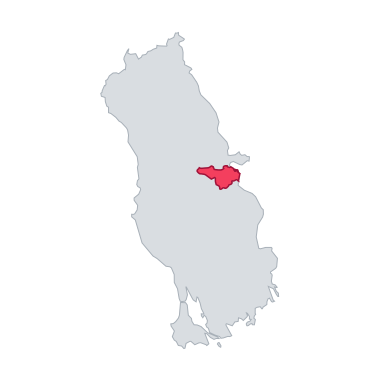 Adana on a map of Turkey (Mercator projection), rotated 251°
{"feature_id": "TUR-3018", "entity_name": "Adana", "entity_type": "Province", "adm_level": 1, "iso_a3": "TUR", "parent_name": "Turkey", "parent_adm1": "", "projection": "mercator", "projection_center": [35.602, 37.508], "detail": "fine", "context": "in_parent", "style": "filled", "palette": "rose", "viewbox_px": 384, "rotation_deg": 251, "n_neighbors": 0, "source": "natural_earth", "source_scale": "10m", "svg_char_len": 5502}
<svg xmlns="http://www.w3.org/2000/svg" viewBox="0 0 384 384"><g transform="rotate(251 192 192)"><path d="M294.2,138.9L299.3,140.7L300.9,139.4L305.6,139.5L309.7,140.6L312.0,137.5L315.0,137.9L315.5,139.4L316.9,140.0L321.2,143.9L320.7,144.4L321.8,145.8L325.5,146.7L325.9,148.7L328.7,151.6L330.2,156.1L329.3,159.3L327.7,161.2L330.0,168.0L329.3,168.8L333.8,171.0L339.5,170.7L341.3,171.6L346.7,176.9L348.1,179.0L344.3,176.5L342.2,178.6L341.1,183.8L335.1,184.7L336.0,188.1L337.6,189.6L337.1,192.8L337.5,194.0L339.2,196.1L338.9,198.9L339.6,201.9L339.6,205.5L342.1,206.6L341.0,208.2L338.2,215.4L338.4,216.0L340.2,216.1L344.4,219.5L343.6,220.5L344.1,225.1L347.7,228.1L347.1,229.6L347.2,231.1L344.6,230.4L339.3,234.5L338.8,234.4L338.0,233.0L337.9,228.9L336.6,227.9L335.0,227.6L332.1,229.5L329.5,229.4L326.9,229.0L320.0,226.5L317.4,227.4L314.8,226.4L309.6,231.4L308.0,231.8L307.2,229.3L305.5,228.0L303.1,229.8L294.2,232.2L290.2,232.6L285.2,231.8L281.0,232.0L269.8,237.6L259.1,240.5L249.4,240.3L244.2,236.9L240.1,236.0L227.8,241.3L221.7,241.1L219.7,239.0L215.1,238.1L214.1,240.1L213.1,245.1L214.7,249.6L212.1,249.9L210.5,250.9L210.0,254.2L207.6,255.6L206.8,257.7L206.4,257.7L202.6,256.0L203.6,254.4L201.3,248.1L202.4,246.1L207.4,241.0L207.3,238.0L205.1,235.9L198.8,239.7L198.2,241.1L196.8,242.2L194.4,242.7L183.2,237.8L176.6,242.1L171.0,248.4L166.8,250.6L154.3,252.4L152.1,253.6L147.8,252.3L145.3,250.6L139.5,243.5L128.6,238.1L117.0,236.8L116.0,238.2L115.6,243.7L113.8,248.9L112.8,249.4L110.3,248.1L101.5,251.2L93.9,247.8L92.6,246.3L90.9,240.3L89.7,239.8L88.5,240.7L87.2,240.7L81.8,238.0L78.9,237.9L77.1,240.4L74.2,241.5L74.2,240.8L75.3,239.1L70.7,239.4L68.3,240.7L65.0,239.9L65.2,239.2L67.9,238.4L74.0,237.5L77.9,233.4L63.3,233.6L61.9,234.5L61.7,232.4L62.5,231.5L66.4,230.7L66.1,228.9L63.8,227.1L61.2,226.1L60.0,221.7L58.7,220.6L58.9,219.9L61.3,219.2L61.8,215.9L61.4,213.9L56.7,212.2L55.7,212.4L54.5,210.6L52.5,209.4L50.8,210.4L46.1,207.7L46.9,205.8L48.1,205.9L48.3,204.4L47.4,201.8L47.5,200.5L48.5,200.2L49.7,200.4L50.9,201.9L51.0,204.8L52.3,206.5L53.2,204.8L55.4,205.8L59.2,204.9L60.0,204.1L57.1,204.2L56.1,203.5L53.8,198.7L56.1,197.4L57.9,195.0L54.6,193.5L55.2,190.2L52.4,186.5L56.2,181.8L56.0,181.1L54.8,180.8L43.2,182.8L43.0,180.7L43.8,178.8L43.8,174.2L44.3,171.7L46.4,171.0L49.1,167.3L53.4,163.0L57.8,163.1L59.6,161.9L62.3,161.8L63.1,163.5L65.4,164.7L69.5,164.5L71.5,163.4L69.6,161.3L71.9,160.6L73.8,161.1L72.8,163.4L73.3,163.6L78.6,162.9L84.2,163.5L90.3,163.2L91.1,162.5L86.8,160.1L89.5,158.1L91.1,157.7L104.0,155.7L104.1,155.3L96.2,154.2L92.1,151.4L91.0,149.9L91.8,146.3L92.6,145.3L95.5,145.2L105.2,146.8L112.2,145.8L119.7,148.3L127.0,147.8L128.5,146.7L130.3,143.2L140.5,137.3L144.1,134.3L160.1,128.2L184.0,129.3L188.1,126.9L190.6,127.7L189.9,129.3L190.0,130.7L192.9,134.3L197.1,136.3L203.0,134.6L205.2,135.3L207.3,140.9L210.9,144.2L212.6,144.4L214.9,142.5L217.0,142.2L220.5,144.1L221.7,146.1L233.1,148.4L235.5,150.1L243.2,151.7L260.2,147.8L266.4,150.5L271.6,151.3L273.9,150.9L280.8,147.8L282.9,146.0L287.2,144.4L292.6,140.9L294.2,138.9ZM74.2,129.0L73.7,131.5L74.7,134.3L77.2,138.1L79.6,140.0L91.2,145.1L89.5,149.9L86.7,150.7L76.7,148.4L72.7,150.3L69.8,149.8L65.8,150.7L64.6,153.6L61.8,156.8L53.9,160.9L46.7,168.9L44.6,169.9L45.6,167.2L45.5,164.8L48.6,162.0L53.1,159.9L54.2,158.1L43.0,158.5L42.0,156.0L43.1,155.5L46.7,151.1L47.1,149.3L46.7,144.9L51.1,142.4L51.5,141.4L50.8,137.1L46.6,134.5L46.7,133.3L49.7,132.1L51.4,129.1L55.8,128.5L57.8,127.0L61.6,126.3L66.3,130.1L72.0,128.6L74.2,129.0ZM40.8,168.6L37.1,169.3L35.9,168.6L37.1,167.4L40.0,166.5L41.0,167.7L40.8,168.6Z" fill="#d9dde1" stroke="#a8b0b8" stroke-width="1"/><path d="M203.2,236.6L202.6,237.4L202.4,237.6L202.1,237.7L202.0,237.8L201.4,238.4L201.2,238.6L200.5,238.8L199.2,238.8L198.6,239.1L198.4,239.2L198.2,239.6L198.1,239.4L197.9,239.3L197.8,239.6L197.5,239.9L197.4,240.1L197.5,240.5L197.7,240.1L198.1,240.2L198.1,239.9L198.3,240.0L198.5,239.9L198.5,239.7L198.4,239.6L198.6,239.5L198.8,239.8L199.1,239.8L199.2,239.7L199.4,239.7L199.6,239.7L198.6,240.2L198.2,240.5L197.9,241.0L198.0,241.2L198.9,240.2L199.1,240.1L199.4,240.0L198.8,240.7L198.7,240.8L198.5,241.2L198.4,241.4L198.4,241.6L198.4,241.8L198.3,242.0L198.2,242.1L197.8,242.4L197.6,242.4L197.1,242.4L196.9,242.4L196.4,241.9L196.2,241.8L195.9,242.0L196.0,242.2L196.1,242.3L196.7,242.5L196.0,242.3L195.3,242.3L195.2,242.3L194.8,242.5L194.7,242.6L194.6,242.8L194.1,243.0L193.7,243.3L193.3,242.9L193.1,242.8L192.8,242.7L188.7,240.3L188.3,240.1L187.7,239.7L187.4,239.6L187.2,239.6L187.8,239.0L188.5,238.8L189.1,238.2L189.2,237.7L189.1,237.1L188.9,235.9L188.9,234.8L189.4,233.5L188.7,232.9L187.7,232.9L187.0,232.3L186.6,231.2L186.6,229.1L185.8,228.5L185.2,227.3L184.6,226.1L184.6,225.1L184.7,224.7L185.1,224.0L185.4,223.8L185.6,223.6L185.8,222.7L185.7,222.2L185.3,221.1L185.2,220.1L185.8,219.3L186.6,219.4L187.4,219.7L189.0,219.4L191.1,217.3L194.0,217.5L195.4,217.9L197.4,218.6L198.3,218.2L197.9,214.5L204.0,210.3L204.9,209.1L205.6,207.7L206.0,207.0L206.7,205.3L207.4,204.7L208.7,204.0L210.0,203.6L210.9,204.0L211.5,205.0L211.9,206.1L212.6,206.8L211.7,207.7L211.2,209.0L210.3,212.6L209.9,214.0L209.6,215.3L209.6,215.9L209.7,216.9L210.2,218.2L210.2,219.0L209.7,219.6L209.3,219.7L208.9,220.3L207.6,220.3L206.1,220.4L205.4,221.7L204.4,223.8L203.4,226.5L203.4,228.1L203.8,229.6L204.2,229.5L205.3,229.7L205.7,230.1L205.9,230.4L206.0,231.5L205.8,232.6L205.3,233.8L205.0,233.7L204.6,233.6L204.3,233.8L203.0,235.4L203.0,236.2L203.2,236.6Z" fill="#f43f5e" stroke="#9f1239" stroke-width="1.5"/></g></svg>